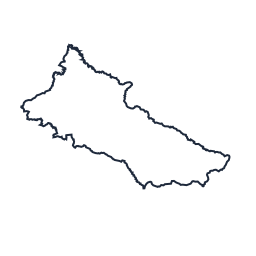 Muhanga, Southern, Rwanda, rotated 119°
{"feature_id": "39286606B71619932434084", "entity_name": "Muhanga", "entity_type": "district", "adm_level": 2, "iso_a3": "RWA", "parent_name": "Rwanda", "parent_adm1": "Southern", "projection": "robinson", "projection_center": [29.724, -1.939], "detail": "fine", "context": "isolated", "style": "outline", "palette": "slate", "viewbox_px": 256, "rotation_deg": 119, "n_neighbors": 0, "source": "geoboundaries", "source_scale": "gbopen_adm2", "svg_char_len": 5911}
<svg xmlns="http://www.w3.org/2000/svg" viewBox="0 0 256 256"><g transform="rotate(119 128 128)"><path d="M167.2,215.7L165.8,214.1L166.0,213.4L165.5,212.9L165.8,212.6L165.3,211.4L164.9,211.2L164.2,211.4L163.3,209.9L162.0,208.8L162.4,207.9L162.9,208.1L163.0,206.7L165.4,206.3L165.8,205.3L167.9,206.4L167.3,204.1L167.5,202.9L166.4,201.9L165.1,201.5L164.2,200.7L162.4,200.3L162.0,199.7L162.2,198.2L161.7,197.9L162.0,196.6L163.1,195.4L163.4,195.7L163.7,194.7L163.4,194.2L164.1,193.6L163.5,193.2L163.8,193.0L163.5,192.1L163.2,191.9L163.9,191.1L163.3,191.0L164.5,189.6L165.3,189.3L167.0,187.4L169.9,189.8L170.7,189.3L171.0,189.5L171.6,188.7L172.2,188.6L171.1,187.2L169.6,186.0L169.2,185.3L168.9,182.8L167.8,181.8L168.3,181.5L169.0,180.2L168.9,178.1L167.4,177.4L167.6,176.6L165.9,177.3L165.0,178.2L164.2,178.5L161.2,174.2L163.2,172.9L164.5,170.6L164.4,170.1L164.9,170.1L165.0,169.5L166.0,168.6L167.9,167.9L168.6,168.1L170.0,167.7L170.9,165.5L170.8,164.6L168.9,164.4L167.9,162.9L168.0,162.5L167.4,161.1L167.2,159.8L165.5,158.3L164.5,158.3L164.3,158.0L164.2,156.5L165.2,155.3L164.7,151.1L165.8,149.7L165.6,148.4L166.1,147.9L166.2,147.2L165.7,144.3L164.8,141.9L164.3,141.6L164.1,140.3L162.5,139.4L162.4,138.5L161.4,137.1L161.8,134.6L161.5,134.0L162.0,132.2L161.5,128.7L162.2,126.9L162.1,126.4L162.5,125.8L162.3,125.2L162.4,124.1L160.9,119.3L160.8,117.6L159.1,117.3L158.5,115.0L159.8,114.4L159.9,112.3L160.4,111.3L161.4,110.8L161.6,110.1L162.8,108.7L163.2,107.5L163.2,106.1L164.1,105.9L164.1,104.8L164.8,104.3L165.0,103.4L164.7,102.5L166.1,102.3L166.1,100.6L166.9,100.2L166.5,99.6L167.8,98.1L167.7,97.2L168.3,96.5L169.1,96.6L169.4,94.6L170.5,94.6L170.7,93.8L170.2,92.0L170.8,91.1L170.5,90.3L171.2,90.1L171.0,89.2L171.2,88.2L170.9,87.3L171.2,86.7L173.3,85.2L172.8,84.4L170.5,85.0L167.7,84.8L165.9,84.1L164.4,82.7L164.0,81.9L164.1,81.2L165.3,80.1L165.9,78.1L165.1,73.5L164.5,73.3L163.9,71.9L161.8,71.3L160.9,69.1L159.3,68.5L155.9,63.4L153.1,63.9L152.0,62.1L152.3,59.3L151.8,55.8L152.2,54.4L151.0,52.6L149.6,49.1L146.3,46.2L143.6,45.9L142.9,45.3L142.2,42.9L141.0,41.0L142.0,37.5L141.9,35.6L142.7,34.7L142.6,34.0L141.9,33.7L141.0,34.5L139.7,33.6L138.3,34.4L136.2,32.9L134.0,32.8L132.4,34.0L130.7,36.2L129.1,36.5L127.4,34.9L126.0,35.3L125.1,34.6L124.3,33.2L122.9,32.3L121.9,30.9L121.9,27.6L119.9,26.9L119.3,26.5L119.1,25.5L117.8,25.5L117.0,24.7L116.2,24.5L114.9,24.9L113.0,24.6L109.5,25.0L107.3,24.3L104.8,24.9L103.7,25.5L103.2,26.2L103.6,28.1L105.9,29.8L105.0,31.5L105.2,33.0L104.6,35.4L105.3,36.5L105.7,38.5L106.5,39.7L107.2,40.0L106.6,41.3L107.9,44.7L108.6,45.0L108.8,45.5L108.7,48.5L109.4,48.5L109.6,49.2L109.1,50.2L109.6,52.3L109.1,53.0L108.2,52.8L107.9,53.3L108.2,55.3L107.7,58.5L109.3,61.1L109.0,61.9L109.1,63.3L107.9,63.4L107.6,67.5L108.5,67.4L109.2,70.0L108.3,70.5L108.0,71.6L107.2,72.0L106.8,73.6L105.9,74.1L106.8,76.7L106.4,77.7L106.4,79.2L105.7,80.4L105.6,82.1L106.3,83.8L105.4,85.2L105.9,87.8L105.2,89.4L106.1,90.0L106.1,91.1L107.1,91.3L107.3,91.8L107.0,93.0L107.1,93.6L108.7,96.7L108.7,98.6L107.7,100.7L108.7,101.8L109.4,105.7L110.4,106.8L109.6,108.8L109.6,109.3L108.4,109.3L108.2,109.5L108.4,111.5L108.2,112.6L109.5,114.0L108.9,114.6L108.5,115.7L107.3,115.8L106.4,116.3L104.4,118.6L104.5,120.2L105.5,120.8L104.5,123.2L105.6,125.9L104.2,127.8L104.5,130.8L104.9,130.9L105.8,132.2L106.8,132.1L108.6,133.1L109.4,135.0L109.8,138.4L109.3,139.9L107.6,141.5L106.3,144.6L103.9,144.9L103.2,145.8L101.9,145.7L101.4,146.9L99.9,146.5L99.0,147.4L97.9,147.4L97.3,148.0L96.5,148.2L95.3,147.3L94.5,147.8L90.7,145.9L89.8,146.0L88.6,145.4L87.9,145.6L87.1,146.6L87.0,148.6L88.8,151.1L89.6,151.6L90.2,152.4L91.3,152.6L92.5,153.7L92.8,154.5L92.8,155.4L93.3,155.7L93.5,156.3L93.4,157.1L92.8,157.6L92.5,158.4L91.7,158.4L91.1,159.1L90.8,160.9L90.3,162.3L89.9,162.5L90.6,163.4L91.0,166.4L92.1,167.1L91.9,167.9L91.1,168.0L90.9,168.7L89.8,169.6L91.1,170.7L91.5,172.3L91.0,173.4L91.7,175.3L90.9,176.6L90.9,177.7L91.1,178.0L92.4,178.1L92.6,180.0L93.4,180.0L93.3,181.5L94.3,182.4L94.6,183.4L94.4,184.1L93.6,184.6L93.7,185.2L93.0,186.1L93.5,188.1L93.0,188.5L92.2,188.2L92.3,189.0L91.8,189.7L92.0,190.7L92.6,191.0L92.3,191.7L93.7,192.2L93.1,193.2L92.0,193.6L91.3,194.8L91.7,196.2L92.3,196.5L92.0,197.2L92.1,198.3L91.6,198.7L90.7,198.1L90.1,198.6L89.8,199.4L90.4,201.2L89.6,200.5L89.0,201.5L88.2,201.4L87.5,203.6L86.6,203.1L85.8,203.6L86.1,205.1L87.4,205.0L87.2,206.2L85.6,206.6L85.6,207.4L85.2,208.4L84.2,207.7L85.0,209.7L84.7,212.2L84.0,212.5L83.7,212.3L83.6,210.8L83.3,210.4L82.7,211.3L82.9,212.4L83.8,212.9L83.7,213.7L84.4,214.0L85.0,213.7L85.8,215.5L85.5,216.0L84.3,215.9L84.3,216.7L83.0,216.8L82.9,217.7L83.8,218.9L83.9,219.4L84.2,219.1L85.1,219.2L85.3,218.9L85.5,219.9L85.8,220.0L87.9,218.6L88.4,218.7L88.8,218.0L89.6,218.3L90.4,218.2L91.5,217.4L92.4,217.8L93.7,217.5L96.0,218.4L97.0,218.3L98.8,218.0L99.4,217.5L100.3,215.9L100.2,214.9L102.0,217.5L103.2,218.3L106.5,218.6L106.1,216.1L106.3,214.1L106.1,211.7L106.8,211.3L106.9,211.6L108.0,211.7L108.2,212.4L108.5,211.9L108.7,212.2L108.8,211.4L109.2,210.9L110.0,211.2L111.5,211.3L111.5,211.7L111.8,211.4L111.6,211.0L112.3,211.0L112.3,211.6L113.5,212.0L113.9,212.7L113.3,213.9L113.7,213.9L113.6,214.5L114.1,214.9L113.2,214.8L113.1,215.3L114.5,217.5L114.2,218.2L115.2,218.6L115.0,218.9L116.1,219.4L116.5,219.2L116.5,218.8L117.1,218.6L117.7,219.0L118.5,218.9L118.6,218.4L119.7,218.4L119.8,217.5L120.5,217.1L120.6,216.4L121.1,216.0L122.7,216.0L123.4,215.4L124.7,215.8L125.6,215.0L126.5,214.9L127.3,214.4L127.7,215.0L130.1,214.6L131.7,215.2L132.5,214.6L136.2,217.9L138.1,217.8L138.8,219.6L141.6,221.5L143.6,223.5L146.8,224.1L147.9,225.1L150.7,226.3L151.8,228.6L153.9,230.6L156.3,231.3L158.5,230.6L159.7,230.9L160.1,230.6L160.8,231.7L161.6,231.4L161.8,230.5L161.6,229.2L162.3,227.9L163.9,226.9L162.4,224.9L161.9,223.2L161.9,222.5L165.7,222.6L167.1,220.8L168.2,220.8L168.4,220.2L168.9,220.2L168.5,218.3L168.0,218.3L167.0,216.5L167.2,215.7Z" fill="none" stroke="#1e293b" stroke-width="2"/></g></svg>